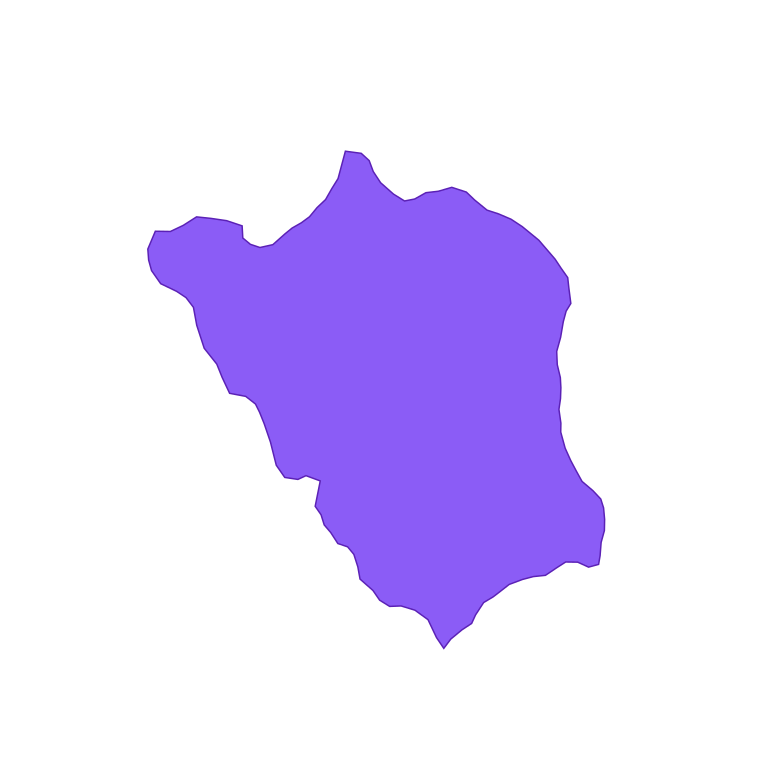 Bálsamo, São Paulo, Brazil, rotated 297°
{"feature_id": "56859067B63877088717769", "entity_name": "Bálsamo", "entity_type": "district", "adm_level": 2, "iso_a3": "BRA", "parent_name": "Brazil", "parent_adm1": "São Paulo", "projection": "orthographic", "projection_center": [-49.552, -20.704], "detail": "fine", "context": "isolated", "style": "filled", "palette": "violet", "viewbox_px": 768, "rotation_deg": 297, "n_neighbors": 0, "source": "geoboundaries", "source_scale": "gbopen_adm2", "svg_char_len": 1635}
<svg xmlns="http://www.w3.org/2000/svg" viewBox="0 0 768 768"><g transform="rotate(297 384 384)"><path d="M590.0,355.1L580.4,344.9L573.5,334.5L562.7,327.3L556.4,319.2L557.5,306.3L561.8,289.6L568.4,278.0L576.3,269.4L579.2,259.0L573.9,243.9L546.2,249.8L534.4,248.8L521.8,248.2L510.9,244.3L499.2,241.7L490.2,237.2L481.2,231.3L472.8,227.6L457.7,221.7L449.3,211.5L447.8,201.5L450.0,191.9L460.5,185.8L458.1,169.7L453.0,154.6L447.8,141.1L434.2,133.1L422.9,124.4L416.3,110.9L397.0,112.3L387.6,118.0L379.5,125.4L372.0,139.5L372.4,157.2L371.1,168.4L365.8,179.4L351.3,190.5L334.2,207.6L325.8,226.0L316.4,236.8L305.6,250.7L310.2,266.4L307.8,278.6L302.3,286.0L294.2,295.3L280.7,309.2L262.7,324.9L255.7,338.0L259.9,350.6L266.9,356.1L268.7,371.2L243.8,378.2L238.9,387.3L231.3,394.7L227.5,403.9L220.9,415.3L222.4,425.5L218.5,434.5L209.2,443.7L199.3,451.2L195.0,467.9L189.4,478.3L188.4,490.0L194.0,500.0L196.5,514.2L194.0,530.2L181.9,545.9L175.6,557.3L187.0,559.3L200.2,565.0L210.5,570.8L219.8,570.4L234.5,572.0L243.9,577.9L252.5,582.0L262.2,586.5L272.7,596.1L280.2,604.5L286.8,614.7L298.5,621.2L307.9,626.7L313.2,637.5L313.7,649.4L320.7,657.1L329.1,654.5L341.4,649.4L353.5,646.9L363.6,642.0L373.3,635.9L379.9,629.4L383.8,618.6L387.1,604.7L394.0,594.5L400.6,585.1L409.1,574.5L421.4,563.3L429.4,559.4L440.8,551.4L451.1,547.9L461.0,543.3L469.8,538.2L479.9,529.6L491.4,523.1L505.7,520.2L520.8,515.5L531.6,513.2L540.6,513.9L553.8,504.9L562.2,499.4L567.7,489.0L572.9,479.8L578.7,465.7L582.4,456.7L584.6,446.7L587.0,435.7L588.5,422.4L587.6,409.0L585.7,396.9L589.1,381.2L592.4,370.2L590.0,355.1Z" fill="#8b5cf6" stroke="#5b21b6" stroke-width="1.5"/></g></svg>